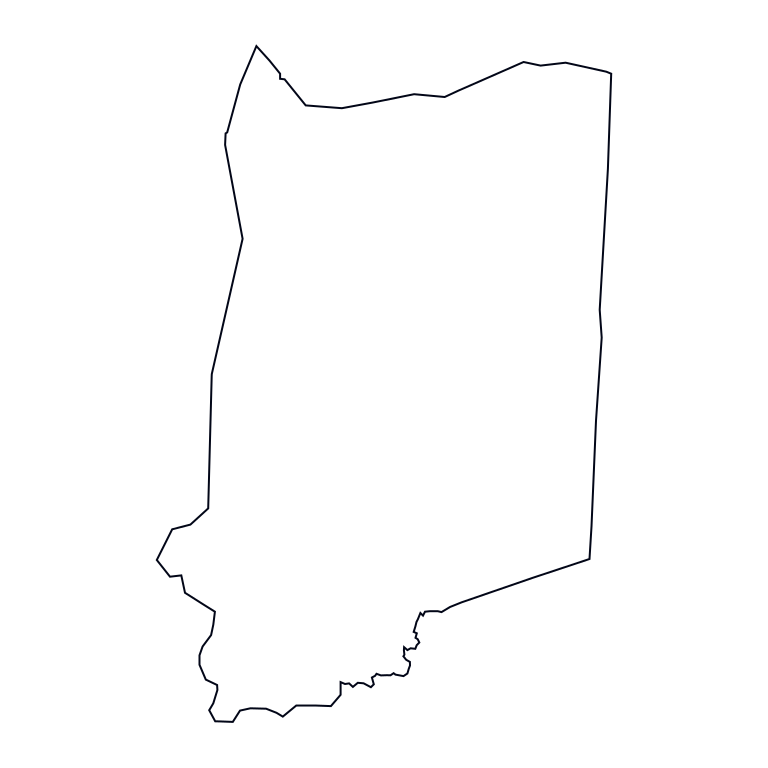 the district of Pano Platres, Limassol, Cyprus
{"feature_id": "46923920B86921614956899", "entity_name": "Pano Platres", "entity_type": "district", "adm_level": 2, "iso_a3": "CYP", "parent_name": "Cyprus", "parent_adm1": "Limassol", "projection": "mercator", "projection_center": [32.875, 34.909], "detail": "fine", "context": "isolated", "style": "outline", "palette": "ink", "viewbox_px": 768, "rotation_deg": 0, "n_neighbors": 0, "source": "geoboundaries", "source_scale": "gbopen_adm2", "svg_char_len": 1467}
<svg xmlns="http://www.w3.org/2000/svg" viewBox="0 0 768 768"><path d="M284.6,79.3L280.1,78.8L280.1,73.7L269.6,60.7L256.4,46.1L240.2,84.5L227.2,132.4L225.6,133.4L225.1,144.9L242.6,238.8L211.8,374.0L211.7,375.8L208.2,508.4L190.4,524.6L172.2,529.3L156.8,560.0L170.0,576.7L181.3,575.4L185.0,592.8L203.9,604.8L214.9,611.7L213.3,624.7L211.1,635.1L202.6,646.5L199.5,655.3L199.5,664.8L205.8,679.6L217.1,685.0L217.4,690.0L213.3,703.3L211.9,705.7L210.3,708.4L209.2,710.2L215.2,721.3L219.5,721.4L232.8,721.9L240.0,710.6L250.4,708.3L266.1,708.7L276.5,712.8L282.8,716.6L296.3,705.5L314.8,705.5L330.9,706.1L340.6,694.8L340.6,682.1L345.0,684.0L349.1,683.4L352.9,686.9L357.8,682.8L363.6,683.3L370.9,687.2L373.8,684.3L371.9,677.5L375.1,675.8L376.5,673.8L380.9,675.4L386.8,675.2L390.5,675.3L393.6,673.2L394.7,674.0L395.4,674.6L403.5,676.1L407.4,673.5L408.8,668.7L410.0,665.5L409.9,661.9L406.2,659.8L403.4,656.3L404.4,654.7L403.9,650.2L404.1,647.2L407.4,650.1L410.6,648.3L415.3,648.8L416.7,645.2L419.3,642.5L417.7,639.2L415.5,637.8L416.8,633.3L413.7,631.9L415.4,626.4L416.5,621.9L417.9,619.2L420.4,613.0L423.0,615.6L425.0,611.7L429.8,611.2L437.8,611.2L441.5,612.1L450.0,607.0L461.7,602.3L532.5,577.9L589.5,559.0L591.5,526.5L596.0,420.8L601.7,337.6L599.7,309.8L600.2,301.3L607.9,168.9L611.2,73.7L606.3,71.7L565.6,62.7L540.6,65.6L523.6,62.0L482.9,79.9L458.7,90.5L444.7,97.0L414.1,94.2L372.4,102.6L341.9,108.2L305.7,105.4L284.6,79.3Z" fill="none" stroke="#020617" stroke-width="2"/></svg>